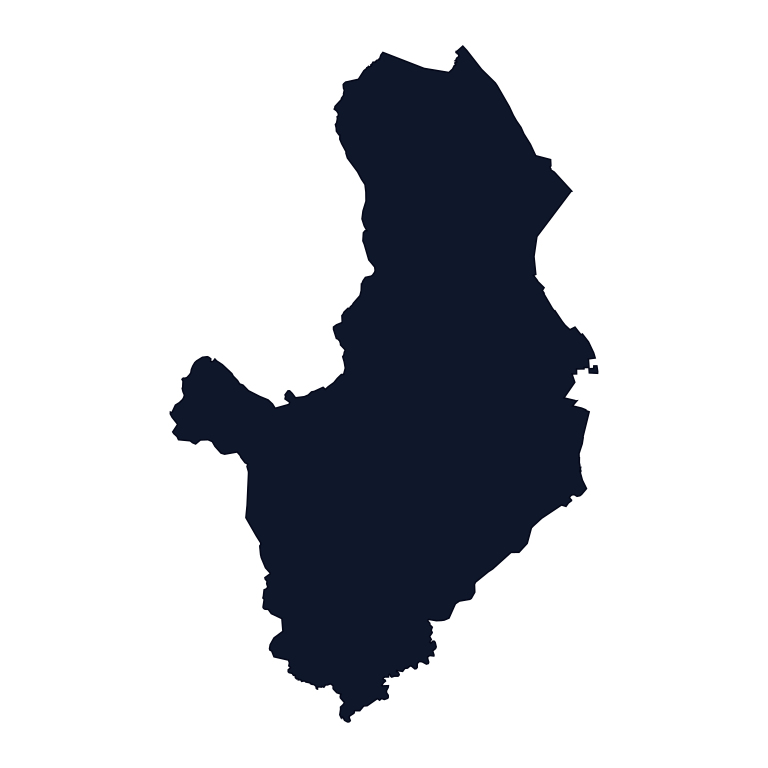 the district of Kalkūnes pag., Daugavpils, Latvia
{"feature_id": "27541924B79116977656137", "entity_name": "Kalkūnes pag.", "entity_type": "district", "adm_level": 2, "iso_a3": "LVA", "parent_name": "Latvia", "parent_adm1": "Daugavpils", "projection": "orthographic", "projection_center": [26.423, 55.84], "detail": "fine", "context": "isolated", "style": "filled", "palette": "ink", "viewbox_px": 768, "rotation_deg": 0, "n_neighbors": 0, "source": "geoboundaries", "source_scale": "gbopen_adm2", "svg_char_len": 6076}
<svg xmlns="http://www.w3.org/2000/svg" viewBox="0 0 768 768"><path d="M589.2,411.8L585.6,410.5L585.8,409.8L581.6,408.1L572.5,405.9L576.9,400.8L575.4,401.0L575.0,400.5L564.0,397.9L574.8,382.3L572.0,374.0L576.6,373.9L576.5,369.0L584.0,368.9L584.1,367.5L589.0,367.5L588.4,358.9L595.2,358.0L593.7,352.9L588.5,341.9L582.4,334.0L581.1,334.7L580.6,334.3L575.0,327.1L569.9,329.7L565.0,325.1L562.2,321.5L555.0,310.8L554.5,311.1L552.4,308.4L543.6,293.4L544.1,293.1L542.3,290.5L544.1,287.7L537.4,281.1L537.5,280.6L533.4,275.3L535.8,274.4L534.0,256.5L536.9,236.6L570.9,191.5L571.8,191.2L554.3,172.1L550.8,169.9L550.9,168.9L550.2,167.8L550.0,166.9L550.9,165.9L550.6,159.6L535.7,155.7L530.4,144.3L523.9,133.9L521.0,127.4L516.5,120.9L513.3,115.3L509.3,106.7L497.2,85.7L495.3,82.9L481.6,69.4L467.0,50.7L462.8,46.1L457.1,51.2L456.1,51.4L456.0,52.5L456.9,52.6L457.1,53.6L458.3,54.1L458.8,55.5L458.8,56.6L456.9,57.9L456.2,59.2L456.2,59.8L455.1,60.8L456.6,61.3L456.8,62.1L454.9,62.9L455.0,63.8L455.7,64.3L455.5,65.3L454.2,65.7L452.6,69.0L448.9,72.5L424.1,68.4L382.9,52.4L380.9,55.0L379.6,58.9L378.9,59.1L379.0,59.7L376.6,60.4L375.7,62.0L375.3,61.6L374.6,62.4L373.1,62.1L371.7,64.4L371.8,65.0L370.8,65.0L371.1,66.1L369.1,67.0L368.4,66.4L367.7,67.4L366.8,67.7L366.8,68.3L363.9,70.7L358.4,79.3L345.6,82.1L343.7,83.8L343.2,84.6L343.5,88.3L344.3,90.1L343.5,93.9L343.7,95.1L341.4,98.3L341.9,98.9L335.0,106.4L334.9,107.7L334.2,109.1L336.5,110.8L338.0,112.9L338.4,114.6L338.3,115.8L337.1,116.7L337.4,118.6L336.6,122.9L335.4,124.5L336.2,127.9L336.4,131.2L339.0,134.9L339.9,135.0L339.8,139.2L341.7,143.7L346.1,151.8L345.9,153.0L347.4,158.0L357.6,171.8L361.5,179.2L365.0,184.5L365.9,192.1L366.0,201.2L363.0,211.0L362.0,218.9L364.2,225.8L366.9,230.7L365.0,230.8L363.4,232.7L362.9,240.9L364.3,244.3L368.8,259.9L374.7,267.0L375.1,270.3L374.7,272.1L372.6,275.1L371.3,276.1L365.4,277.4L363.1,280.7L361.6,284.4L361.4,284.3L361.2,290.6L360.0,295.6L353.2,303.4L352.6,304.8L350.3,306.9L349.8,308.3L347.9,308.3L344.0,312.1L343.0,314.3L341.9,315.6L342.2,321.5L341.9,322.6L336.5,324.8L333.5,327.0L333.5,329.3L336.4,338.5L337.6,338.8L339.7,341.0L340.5,343.6L340.5,344.9L345.3,350.0L344.3,352.2L343.8,355.1L342.7,356.6L344.2,361.8L345.3,368.1L343.6,374.5L341.3,374.5L337.3,378.4L333.9,382.6L328.1,386.8L325.4,389.4L323.1,387.3L314.2,391.4L311.5,391.9L308.3,395.0L304.3,396.7L295.5,397.8L292.2,393.4L289.6,390.8L288.0,390.8L285.0,394.9L285.6,396.3L285.0,398.9L289.8,402.3L289.0,404.4L275.5,408.2L274.9,407.9L272.5,404.0L268.1,399.9L259.8,396.5L248.4,390.7L243.0,385.1L239.6,383.9L237.5,380.5L233.2,376.1L231.9,373.6L222.4,364.7L216.5,360.8L214.9,359.0L213.2,361.3L211.5,361.7L210.6,361.3L210.8,358.8L208.5,357.1L207.3,356.7L202.4,357.3L196.6,360.9L194.8,362.6L192.8,366.0L191.4,369.4L190.8,372.9L189.5,374.8L187.0,377.5L185.0,378.2L183.2,378.1L182.0,379.3L183.0,381.2L182.7,387.2L182.2,388.3L183.0,391.7L184.4,395.1L183.7,397.5L182.6,399.5L179.4,402.6L175.4,405.1L172.2,412.0L171.3,412.6L170.4,412.1L170.3,413.9L172.1,417.3L177.3,423.9L177.5,424.6L172.7,431.9L173.8,433.6L177.1,436.6L178.5,439.7L190.2,440.8L192.5,442.7L195.6,444.0L200.4,440.0L208.0,439.7L212.3,441.6L215.0,446.4L221.0,453.1L224.6,454.2L237.1,452.0L240.2,455.5L240.9,457.3L245.0,462.7L247.8,464.1L247.0,466.5L248.5,471.8L248.5,473.9L247.1,505.2L245.9,517.7L256.4,536.0L260.7,542.8L260.8,544.6L259.9,545.6L259.8,546.4L260.6,554.7L261.3,557.7L265.5,567.8L270.1,572.9L270.2,573.8L264.9,577.6L265.2,579.1L267.1,581.3L266.7,583.7L267.8,587.1L266.3,588.9L264.1,589.8L263.4,596.1L262.9,598.0L264.2,599.3L263.0,607.2L263.6,608.4L264.9,609.2L268.3,609.4L271.3,613.6L281.9,618.6L282.9,631.3L274.0,637.9L270.2,644.7L269.5,648.7L269.9,650.1L271.7,651.0L274.0,656.8L288.5,660.1L289.4,662.9L288.8,665.9L290.1,666.9L290.5,667.8L288.2,669.8L288.2,671.7L289.0,672.6L292.2,673.4L293.4,675.3L295.1,675.3L295.4,677.7L296.6,678.9L297.9,678.7L298.2,679.9L300.7,679.7L301.6,681.4L304.5,680.9L305.8,682.0L310.3,682.9L310.4,683.6L311.5,684.2L314.3,684.7L316.2,686.7L316.1,688.0L317.0,689.0L317.5,689.1L317.5,687.8L318.2,686.8L321.5,687.1L321.8,686.4L323.9,687.2L325.5,684.9L327.6,684.9L330.4,683.8L333.1,685.6L333.1,688.5L333.4,689.1L336.8,692.7L341.0,694.2L340.2,696.3L340.4,697.9L344.3,702.4L344.3,703.1L342.9,704.9L340.5,707.1L340.6,709.3L339.8,714.8L341.3,718.0L341.8,717.2L342.7,717.1L343.3,718.7L344.1,719.0L344.5,720.3L347.4,721.9L348.9,721.9L349.8,721.3L350.3,720.5L349.2,717.7L349.5,716.1L353.9,713.3L354.3,712.3L354.3,711.1L354.6,710.7L359.8,710.7L363.7,706.0L367.2,705.7L377.4,698.6L379.6,700.2L381.6,698.5L384.3,699.5L387.7,698.3L388.3,697.2L388.2,695.2L386.6,692.9L386.4,690.8L388.2,687.4L388.4,685.7L382.5,685.9L381.8,685.5L383.4,682.8L385.5,681.1L385.2,680.2L382.8,679.1L383.5,677.7L385.0,677.0L388.5,677.0L388.9,674.6L389.3,674.2L390.2,674.7L390.8,676.4L391.7,677.1L394.2,676.2L398.0,676.2L398.9,675.4L399.2,674.4L398.4,672.8L396.5,671.4L396.6,670.5L402.6,671.4L404.8,668.4L407.6,668.1L410.1,665.9L411.6,666.2L414.8,668.9L416.1,668.7L417.2,667.5L417.3,663.5L419.3,661.5L422.2,661.8L426.4,664.1L428.3,663.5L428.7,662.1L427.7,658.7L427.7,656.8L429.8,655.5L433.8,656.0L434.0,655.1L432.7,650.9L435.5,648.6L436.2,646.9L435.2,642.5L434.4,641.3L433.0,641.1L430.8,643.2L429.7,642.1L431.3,639.4L429.6,636.5L432.1,632.9L432.2,632.3L431.3,630.7L431.3,629.8L432.3,627.2L429.9,624.8L429.8,623.2L427.7,620.9L428.0,620.0L428.8,619.4L436.3,620.7L441.1,620.5L444.2,620.1L449.0,618.1L455.4,603.8L459.3,601.1L469.9,599.3L471.3,598.4L474.8,592.2L474.5,584.4L475.5,582.2L488.4,571.7L492.7,568.9L511.0,552.4L519.0,552.3L527.2,543.4L531.4,527.9L533.0,526.2L541.6,518.3L561.5,505.0L566.0,506.4L568.4,503.0L571.5,500.7L571.5,500.1L569.4,497.8L570.2,496.3L571.6,495.0L574.2,494.6L577.0,496.3L579.9,495.7L581.6,494.4L586.5,488.6L582.4,480.2L580.2,472.2L580.0,471.5L580.8,471.5L580.8,470.5L580.1,470.6L580.7,467.4L580.0,467.5L579.8,465.0L579.3,462.7L579.4,457.5L579.1,457.3L579.0,453.6L582.2,443.8L583.2,437.5L583.0,436.8L589.2,411.8ZM596.9,365.9L593.8,365.9L593.7,368.6L589.0,368.7L589.3,372.9L597.6,373.3L597.7,371.6L596.9,365.9Z" fill="#0f172a" stroke="#020617" stroke-width="1.5"/></svg>